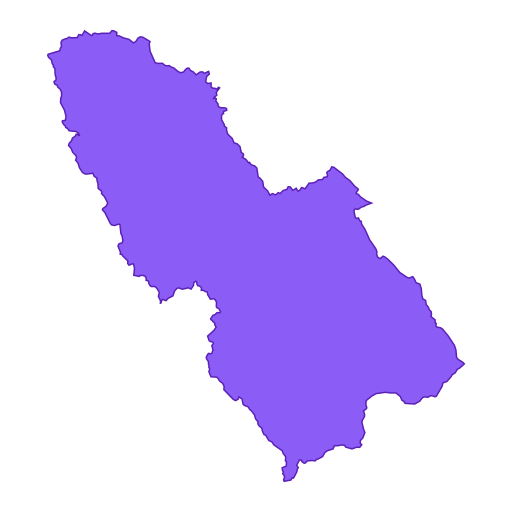 the district of Yauli, Junín, Peru
{"feature_id": "86281439B56200314379174", "entity_name": "Yauli", "entity_type": "district", "adm_level": 2, "iso_a3": "PER", "parent_name": "Peru", "parent_adm1": "Junín", "projection": "mercator", "projection_center": [-76.155, -11.505], "detail": "fine", "context": "isolated", "style": "filled", "palette": "violet", "viewbox_px": 512, "rotation_deg": 0, "n_neighbors": 0, "source": "geoboundaries", "source_scale": "gbopen_adm2", "svg_char_len": 5961}
<svg xmlns="http://www.w3.org/2000/svg" viewBox="0 0 512 512"><path d="M120.2,254.1L121.9,254.5L122.8,256.0L127.8,260.9L127.7,263.5L129.0,265.2L131.9,264.0L133.5,263.9L134.5,268.3L133.8,275.3L139.2,276.4L140.0,275.6L142.6,275.3L145.1,276.3L146.2,277.9L146.1,280.4L148.4,280.9L148.9,283.6L150.3,285.9L151.7,286.6L154.6,286.4L157.0,288.4L159.3,292.4L158.4,296.4L160.5,300.8L160.4,303.2L160.9,303.1L161.7,300.4L162.9,299.4L166.0,300.7L168.2,298.3L172.9,295.9L174.6,290.9L177.2,288.2L178.6,287.9L182.4,289.2L188.3,287.8L191.1,289.1L193.5,285.4L193.8,282.6L195.5,281.3L196.6,281.9L197.0,284.4L197.8,285.7L199.7,286.2L201.4,287.6L201.3,290.4L203.2,290.2L205.1,291.5L207.3,292.0L207.7,294.7L210.4,299.2L213.8,298.7L215.5,300.2L216.5,302.3L216.3,306.4L216.7,307.5L219.0,308.8L220.5,311.9L219.9,312.7L217.1,312.6L214.9,314.7L212.8,315.4L210.7,318.7L210.9,319.7L212.3,320.4L212.7,321.4L214.8,323.1L214.8,324.8L216.1,327.2L213.9,330.4L207.6,336.1L209.1,340.6L210.4,341.6L212.6,341.9L213.5,343.4L211.8,345.7L213.0,349.9L211.8,353.3L211.1,353.8L208.7,353.4L207.7,354.3L206.3,357.1L206.4,358.4L208.5,361.9L208.5,364.4L209.2,365.8L208.8,367.1L209.7,368.9L208.9,371.7L211.0,376.8L216.4,377.1L217.7,377.9L219.6,381.0L222.6,383.3L224.1,386.2L223.9,389.7L233.3,399.4L235.6,400.6L238.0,399.3L238.9,396.9L242.0,399.0L243.1,404.3L244.3,405.4L248.1,406.8L249.6,409.3L251.7,411.2L254.6,415.1L255.5,418.7L257.9,421.7L257.9,423.8L258.8,425.6L261.9,428.3L262.2,430.5L263.8,434.3L265.8,435.4L268.8,440.5L271.9,441.9L274.0,445.0L282.2,450.7L283.2,453.5L285.7,456.8L285.4,460.9L286.5,461.7L286.2,466.1L282.2,467.7L282.4,470.2L283.4,472.1L282.7,473.8L284.2,475.4L284.5,477.2L283.6,480.1L284.2,481.3L290.5,480.1L291.2,479.8L292.0,477.8L293.2,478.2L293.9,477.5L296.9,471.6L297.4,468.8L298.3,467.7L296.7,465.3L299.4,459.9L301.5,460.3L301.9,461.6L304.1,463.2L305.3,463.0L307.4,460.9L312.2,460.5L315.1,460.9L317.0,459.1L317.9,459.1L322.6,456.6L324.9,452.5L327.2,450.8L333.1,448.9L334.3,445.8L339.0,445.6L340.7,445.0L344.4,445.2L345.7,447.1L352.0,448.9L356.7,447.2L359.3,447.4L360.1,447.0L361.7,444.6L360.2,443.3L360.4,440.5L362.8,438.0L364.9,432.5L363.7,429.5L361.9,422.5L362.3,420.4L364.5,416.5L364.6,414.4L363.5,410.8L365.9,409.2L366.8,407.9L365.8,404.0L366.2,400.6L371.7,396.1L376.1,393.6L385.6,392.3L389.6,392.9L395.9,392.9L400.2,396.4L402.0,400.3L404.2,401.5L404.5,402.8L405.3,403.4L414.7,404.0L419.7,401.2L422.3,397.9L424.0,396.9L428.1,397.2L430.5,395.7L433.2,396.0L434.8,396.8L436.3,396.3L442.0,386.5L443.1,382.8L446.9,381.5L451.0,376.8L452.2,374.7L455.0,373.0L457.5,369.1L459.5,368.2L464.3,363.9L463.2,362.6L458.2,359.4L456.6,357.6L455.9,349.9L454.5,345.5L448.4,336.2L442.5,329.0L440.6,327.8L437.1,327.1L435.8,326.1L436.2,323.4L435.1,322.3L435.1,319.9L430.9,316.5L431.5,314.4L431.1,311.5L429.2,309.7L428.6,307.6L426.2,304.5L425.6,300.4L422.9,299.0L421.8,295.1L421.3,288.7L419.9,284.1L416.1,282.7L414.3,278.8L412.7,276.6L409.4,278.0L407.6,277.7L399.9,272.6L393.6,264.9L387.9,259.3L384.4,256.7L382.9,256.2L380.6,258.3L379.6,258.4L377.5,257.0L376.7,254.2L376.9,251.4L375.7,248.6L369.7,239.9L364.9,229.2L361.6,224.2L361.2,221.3L359.8,220.8L358.4,217.9L356.4,218.4L355.3,217.6L354.0,211.4L354.4,209.6L356.0,208.7L357.4,209.4L358.8,209.0L361.4,207.0L363.8,206.5L365.8,205.2L371.5,203.1L366.4,201.0L360.4,196.8L358.6,194.6L356.2,193.4L356.1,192.8L358.3,189.7L358.1,188.9L354.7,186.2L350.0,180.7L345.2,177.2L342.6,174.0L333.7,167.2L331.7,166.9L330.1,170.1L327.5,171.6L326.8,172.6L327.5,175.5L327.2,176.9L323.9,177.3L322.5,179.5L318.2,179.9L315.6,182.1L311.8,183.1L309.1,183.1L305.1,188.8L301.7,187.5L299.4,190.7L297.8,191.0L296.2,188.2L292.8,190.4L290.4,187.0L288.2,186.7L286.9,189.4L283.1,190.5L280.2,193.5L278.2,192.6L275.8,194.9L272.4,193.6L269.9,195.2L267.7,191.0L263.6,187.0L262.7,181.3L259.8,178.0L258.2,177.0L256.8,168.0L254.8,166.0L251.6,164.9L250.3,163.8L249.7,162.4L248.6,162.9L246.0,159.5L242.2,157.1L243.3,156.0L243.6,154.8L243.0,153.5L241.3,152.6L240.0,146.6L237.2,143.8L234.0,142.8L232.2,138.4L227.8,134.2L226.6,130.5L226.6,127.8L224.3,126.1L224.3,124.7L221.6,119.7L221.5,116.1L222.2,114.2L223.6,113.6L223.3,112.2L223.7,111.4L226.7,110.3L226.6,108.8L225.7,108.0L220.3,107.6L218.9,106.9L218.0,105.5L218.0,103.9L215.9,101.1L216.3,98.8L215.1,97.9L213.6,98.5L213.8,97.7L216.8,95.2L216.3,92.3L219.6,87.9L218.5,87.3L216.8,89.2L215.0,88.3L212.7,88.2L211.1,86.8L211.1,83.0L207.6,83.5L205.7,81.9L206.4,77.5L207.1,76.0L209.3,74.1L208.6,71.4L204.6,73.2L203.7,73.0L202.7,71.9L200.2,72.0L196.1,74.8L193.4,72.0L190.4,70.4L189.0,68.2L187.4,68.1L185.5,69.5L183.6,72.0L180.7,72.7L178.1,71.6L173.9,68.0L170.9,66.9L169.3,65.6L167.1,65.9L165.1,65.5L162.4,63.3L158.3,63.4L155.2,62.8L150.1,51.3L149.2,44.1L150.0,41.5L143.0,37.3L140.5,36.8L138.2,37.9L135.6,41.8L133.3,42.8L129.1,39.4L123.2,37.8L119.4,36.0L116.7,35.6L116.8,32.4L113.7,30.8L111.8,30.7L109.8,33.3L101.6,33.3L97.7,34.0L95.2,33.2L93.1,33.6L92.2,35.4L91.3,35.5L84.6,30.9L82.0,35.4L80.2,34.6L78.8,34.7L77.2,37.6L71.5,37.8L68.9,37.1L66.9,38.6L65.4,38.8L62.1,40.2L61.0,42.4L61.5,46.9L60.5,47.8L59.7,50.8L48.2,54.2L47.7,55.2L48.5,57.2L51.5,60.0L52.2,63.7L53.5,65.2L53.3,66.7L54.9,68.5L55.1,74.3L56.2,78.4L55.9,80.1L54.0,81.7L54.7,84.0L57.1,85.3L58.1,87.5L60.0,88.9L61.5,92.1L61.6,96.2L60.8,97.8L60.5,102.7L64.5,110.2L66.1,116.8L65.2,120.5L62.5,120.7L62.2,121.9L63.7,124.6L65.2,125.8L65.7,127.5L67.5,128.4L69.2,130.8L76.1,131.5L78.8,133.5L79.4,135.3L78.6,135.5L77.4,134.3L76.1,134.3L75.4,136.0L72.4,138.1L71.6,140.6L69.2,143.3L68.5,145.4L71.3,148.8L72.6,152.1L76.2,156.0L76.5,157.9L75.6,160.2L78.0,163.0L79.4,167.7L82.4,172.3L84.2,173.6L86.3,174.1L92.9,173.3L94.2,176.3L96.8,178.0L97.1,181.0L97.9,183.2L98.2,188.5L101.2,190.8L101.8,192.1L101.5,193.6L104.3,196.5L107.7,202.9L106.2,206.2L102.9,208.5L102.4,209.7L104.9,212.6L110.3,223.4L111.5,224.9L114.5,225.5L118.8,224.1L119.9,224.4L120.9,233.6L122.1,235.9L122.9,241.1L121.8,243.2L120.4,243.2L118.8,244.0L118.0,246.1L120.4,252.1L120.2,254.1Z" fill="#8b5cf6" stroke="#5b21b6" stroke-width="1.5"/></svg>